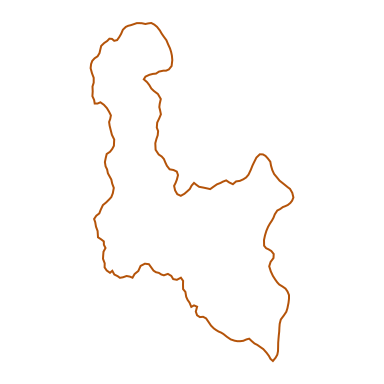 outline of Japonvar, Minas Gerais, Brazil
{"feature_id": "56859067B29398843166976", "entity_name": "Japonvar", "entity_type": "district", "adm_level": 2, "iso_a3": "BRA", "parent_name": "Brazil", "parent_adm1": "Minas Gerais", "projection": "equal_earth", "projection_center": [-44.329, -15.933], "detail": "fine", "context": "isolated", "style": "outline", "palette": "amber", "viewbox_px": 384, "rotation_deg": 0, "n_neighbors": 0, "source": "geoboundaries", "source_scale": "gbopen_adm2", "svg_char_len": 3537}
<svg xmlns="http://www.w3.org/2000/svg" viewBox="0 0 384 384"><path d="M272.9,361.0L275.6,357.7L277.3,354.7L278.0,351.2L278.1,347.6L278.2,342.6L278.5,338.7L278.8,335.3L279.2,331.7L279.4,327.5L279.7,323.8L280.8,319.5L283.8,315.5L286.3,311.8L287.4,308.3L288.5,302.9L289.0,298.7L289.0,295.1L287.5,291.5L285.5,288.6L282.5,286.5L279.2,284.5L277.2,282.3L275.2,279.5L272.9,275.9L270.8,271.4L269.2,266.3L270.6,261.9L273.5,258.0L273.7,254.0L271.3,251.0L268.5,249.3L266.1,248.2L264.1,245.7L264.0,240.0L265.0,235.4L266.4,230.8L268.1,226.8L269.9,223.6L271.9,220.6L273.5,217.7L274.8,214.3L277.3,210.5L280.1,209.1L282.8,207.1L285.2,206.2L287.8,205.0L290.3,203.0L292.1,200.7L293.4,197.5L292.3,192.9L290.0,188.9L287.7,187.2L285.5,185.4L282.9,183.3L279.6,180.7L276.6,177.0L274.1,174.0L272.3,170.1L271.0,165.6L270.3,161.7L267.7,158.3L265.5,155.9L262.9,154.4L259.8,154.3L256.4,157.6L254.1,162.2L252.5,165.5L250.8,169.8L248.5,174.7L246.1,177.5L243.3,179.3L239.8,180.9L236.1,181.4L232.9,184.2L229.3,182.5L226.2,180.4L223.0,181.6L220.4,183.0L217.0,184.3L213.1,187.0L210.2,189.1L207.1,188.4L203.4,187.6L199.1,186.8L196.2,184.7L194.0,182.9L191.6,185.6L189.8,189.0L187.4,191.2L184.4,193.8L180.8,195.8L177.3,194.2L175.1,190.4L174.1,185.9L175.6,182.9L176.9,179.5L178.0,175.1L176.8,171.6L173.5,170.0L169.6,169.3L166.9,165.8L165.3,162.4L163.9,159.0L161.7,156.5L158.7,154.5L155.6,149.8L155.3,143.2L156.5,138.7L157.7,135.3L158.1,131.1L156.8,127.6L157.2,122.6L159.2,118.4L160.9,114.3L160.1,110.4L159.3,107.1L159.7,103.9L160.8,99.0L157.9,94.0L153.9,91.0L151.3,88.5L149.4,85.2L147.1,82.2L143.8,79.3L145.5,76.6L149.4,74.8L152.9,73.9L156.0,73.6L159.0,71.6L163.2,70.7L166.0,70.7L168.9,69.4L171.6,66.0L172.3,60.1L171.9,55.6L171.1,51.9L170.0,48.4L168.1,44.3L166.4,40.2L163.6,36.4L161.6,33.5L159.9,30.5L157.0,26.8L154.3,24.6L151.3,23.0L148.2,23.4L145.4,24.0L141.7,23.2L136.9,23.1L133.7,24.2L130.7,25.2L128.2,25.8L125.8,26.9L122.9,29.7L121.1,33.9L119.3,37.0L117.1,40.1L114.2,40.8L112.0,38.9L109.4,38.7L107.2,41.0L104.2,43.0L101.2,45.9L100.3,49.6L99.5,53.1L97.6,56.3L94.6,58.3L92.3,60.8L91.1,64.0L90.6,68.2L92.0,73.3L93.7,77.8L93.7,82.7L92.5,86.5L92.7,91.5L92.4,96.2L94.1,99.9L94.7,103.5L97.6,103.5L100.4,102.3L103.9,104.8L106.9,108.1L109.1,111.8L110.9,115.4L110.2,119.0L109.1,122.0L109.6,125.6L110.6,129.7L111.9,134.8L114.2,139.5L113.9,145.8L112.2,149.0L110.0,151.8L106.7,154.0L105.7,158.1L104.9,162.1L105.6,166.4L107.1,169.4L107.9,173.3L109.7,176.6L111.3,179.5L112.2,183.6L113.8,187.9L112.8,193.3L111.3,197.1L109.4,199.2L106.2,202.4L102.9,205.1L100.7,209.8L99.3,213.4L96.3,215.7L94.1,219.0L95.2,222.1L96.0,226.7L97.6,231.0L98.0,237.3L101.1,239.3L103.8,241.4L103.9,244.8L105.5,248.0L103.5,251.7L103.2,255.2L103.0,258.8L104.7,263.3L104.6,267.4L106.7,270.5L110.0,272.8L112.3,270.8L114.3,274.5L117.7,276.2L119.9,277.8L122.9,277.3L126.6,276.0L129.8,276.6L132.5,277.7L134.6,274.0L138.3,271.0L140.6,265.9L144.9,263.7L148.9,264.2L151.5,267.8L153.5,270.6L155.9,272.2L158.9,272.9L161.3,274.5L163.9,275.3L167.9,273.9L171.3,275.9L173.2,279.1L176.9,279.8L180.9,277.7L183.1,280.9L183.0,284.5L183.1,289.1L185.4,291.9L186.2,296.8L187.6,299.9L189.5,302.6L191.3,306.9L194.0,305.4L197.1,306.7L195.8,311.6L197.1,315.3L199.9,317.1L203.1,316.8L206.1,318.4L208.3,321.6L211.0,325.6L213.8,328.4L215.9,329.9L218.5,331.5L221.1,332.6L223.4,334.0L226.9,336.8L230.7,339.4L234.6,340.7L237.4,341.2L240.1,341.2L243.3,340.8L246.5,339.4L249.2,338.7L251.6,341.0L254.5,343.5L257.3,344.9L259.7,346.6L263.3,349.1L266.6,352.8L268.9,355.9L270.5,358.9L272.9,361.0Z" fill="none" stroke="#b45309" stroke-width="2"/></svg>